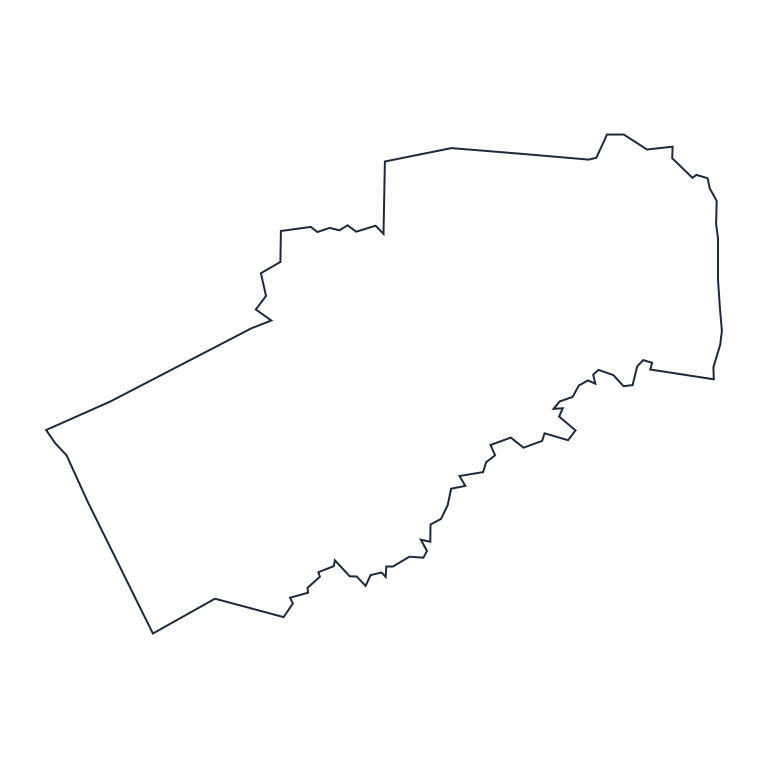 outline of Talofofo, Guam
{"feature_id": "77769853B17205204900927", "entity_name": "Talofofo", "entity_type": "district", "adm_level": 2, "iso_a3": "GUM", "parent_name": "Guam", "parent_adm1": "", "projection": "orthographic", "projection_center": [144.734, 13.336], "detail": "fine", "context": "isolated", "style": "outline", "palette": "slate", "viewbox_px": 768, "rotation_deg": 0, "n_neighbors": 0, "source": "geoboundaries", "source_scale": "gbopen_adm2", "svg_char_len": 1370}
<svg xmlns="http://www.w3.org/2000/svg" viewBox="0 0 768 768"><path d="M46.1,430.0L55.2,443.2L66.6,455.4L87.6,501.6L152.9,633.5L214.9,598.7L283.6,617.1L292.8,603.6L290.1,597.7L308.0,592.7L307.5,587.9L319.9,576.7L318.4,572.2L333.8,566.1L334.9,560.3L349.7,576.3L356.7,576.5L365.6,585.9L370.6,575.1L381.6,572.5L385.7,576.9L386.3,566.5L392.9,566.5L409.5,556.7L423.4,557.7L427.0,551.0L420.9,539.7L430.3,541.8L430.5,524.5L441.0,518.9L447.7,505.2L451.1,488.7L465.3,485.9L459.5,476.0L483.1,472.1L486.2,462.1L495.1,455.3L490.5,445.0L510.8,437.6L523.5,447.7L542.1,440.9L544.6,433.3L568.0,440.2L575.5,430.4L559.1,416.5L562.8,408.3L553.6,408.8L559.6,401.5L572.7,396.8L578.8,385.6L587.9,380.4L595.3,383.7L593.2,374.7L598.5,369.9L613.4,375.1L623.5,386.2L632.6,385.1L637.2,366.4L643.1,360.1L652.2,362.8L650.2,369.5L713.8,379.3L713.4,367.1L713.5,366.9L720.3,344.4L720.4,343.1L721.9,330.8L719.9,308.0L718.0,279.5L718.0,238.4L716.1,223.7L716.7,200.9L709.7,188.3L707.6,178.2L696.4,174.9L692.4,177.8L672.2,158.2L672.6,146.7L647.0,149.5L623.7,134.5L607.0,134.5L603.5,142.3L596.3,157.8L588.6,159.6L524.7,154.1L451.3,148.1L384.9,161.5L383.5,233.9L375.6,225.7L356.2,231.7L347.6,225.3L339.5,230.3L329.7,227.9L317.3,232.0L310.8,226.9L280.9,231.0L280.4,261.9L260.9,273.2L266.0,295.9L255.8,309.5L271.3,320.5L251.6,328.2L109.9,401.7L46.1,430.0Z" fill="none" stroke="#1e293b" stroke-width="2"/></svg>